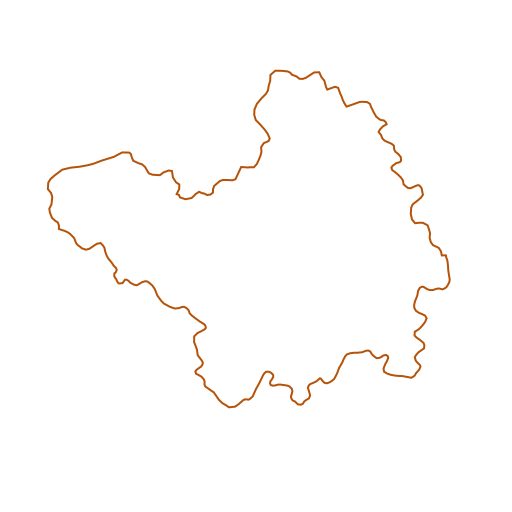 Salihorsk, Minsk, Belarus (Albers equal-area conic projection), rotated 160°
{"feature_id": "67162791B12460087089540", "entity_name": "Salihorsk", "entity_type": "district", "adm_level": 2, "iso_a3": "BLR", "parent_name": "Belarus", "parent_adm1": "Minsk", "projection": "albers", "projection_center": [27.47, 52.67], "detail": "fine", "context": "isolated", "style": "outline", "palette": "amber", "viewbox_px": 512, "rotation_deg": 160, "n_neighbors": 0, "source": "geoboundaries", "source_scale": "gbopen_adm2", "svg_char_len": 5450}
<svg xmlns="http://www.w3.org/2000/svg" viewBox="0 0 512 512"><g transform="rotate(160 256 256)"><path d="M432.0,348.8L429.6,346.9L427.3,345.1L425.1,343.0L423.5,340.9L422.3,338.6L420.7,334.9L420.7,331.9L420.6,329.8L420.0,327.5L418.3,325.1L417.0,322.8L413.7,320.1L410.1,319.8L406.6,320.6L404.1,321.3L401.0,321.9L397.6,321.3L396.3,318.4L395.6,315.8L396.2,311.5L396.2,307.5L395.5,303.6L393.9,299.3L393.1,295.8L391.6,292.4L391.7,290.4L393.7,288.4L395.0,288.1L396.1,285.7L395.7,283.2L395.3,282.1L395.2,280.0L394.7,277.7L394.1,277.0L390.7,276.2L389.2,277.2L387.4,278.5L385.8,278.1L384.3,276.3L383.3,274.0L382.2,272.7L380.2,270.6L378.1,269.3L375.3,269.7L372.7,270.3L370.9,270.3L368.7,270.2L366.7,269.1L364.9,266.3L363.4,263.5L362.4,259.3L362.3,254.9L362.2,252.5L360.4,246.3L358.8,242.8L356.5,240.2L354.5,237.9L351.4,235.3L350.0,234.3L346.1,233.4L343.3,233.4L341.0,232.9L339.1,230.8L337.9,228.2L337.9,224.7L336.6,221.9L334.6,218.7L332.9,216.2L331.2,213.6L329.3,211.3L327.7,209.1L327.4,207.2L327.8,205.6L329.1,204.7L334.2,203.9L337.3,203.6L341.6,201.6L342.3,199.6L343.6,196.3L343.5,192.2L343.5,188.2L344.7,182.8L344.2,181.0L343.0,177.4L342.5,175.1L342.5,173.6L344.0,171.8L345.6,170.8L348.4,170.1L351.0,169.3L352.5,168.2L352.6,165.8L350.9,164.1L348.5,161.2L347.2,157.8L347.2,155.7L348.3,153.1L348.3,150.7L346.2,147.8L344.1,144.7L342.3,142.3L341.0,137.3L340.0,133.4L337.9,129.2L334.9,125.6L333.2,123.1L332.2,122.8L327.2,121.6L323.3,122.6L319.3,124.1L317.8,124.8L315.7,125.1L314.1,124.6L312.0,123.5L310.3,123.9L307.1,125.2L304.6,127.8L301.5,131.0L297.2,134.7L293.7,138.0L290.5,141.2L288.7,142.7L286.1,143.8L283.4,142.8L281.8,141.1L280.7,138.9L280.7,137.7L281.3,136.3L283.3,134.6L285.3,133.4L286.4,131.4L286.3,129.7L284.3,128.3L282.2,127.8L279.3,127.6L277.2,126.9L273.8,125.1L271.2,123.7L269.3,122.1L267.8,119.2L268.0,116.6L269.3,114.5L271.2,112.2L271.5,109.9L271.0,107.8L269.1,105.9L268.0,103.5L267.3,102.2L264.6,100.9L262.6,101.1L260.4,102.8L258.4,103.5L256.5,103.8L254.9,104.1L252.9,106.4L252.6,109.0L252.4,112.4L252.3,114.5L250.7,116.3L248.7,117.1L245.8,117.2L241.9,117.6L240.5,118.2L237.9,119.2L236.9,118.5L236.4,116.4L235.1,113.5L233.2,112.2L230.1,112.1L227.4,112.7L224.5,113.8L221.6,116.4L219.3,118.7L216.2,122.4L211.2,126.6L209.4,128.6L206.7,131.1L204.4,132.4L200.7,132.4L198.4,131.9L196.1,131.3L194.5,130.6L191.3,129.8L189.4,129.3L186.9,129.3L184.8,129.3L182.9,128.8L181.4,127.4L180.8,124.5L179.8,122.0L177.7,118.8L175.1,118.1L172.4,118.3L171.3,118.8L169.5,118.9L167.5,118.4L166.4,116.8L166.6,115.0L169.0,112.3L171.3,110.4L173.6,107.9L174.8,106.2L175.2,103.4L172.8,100.5L169.9,98.2L166.3,96.1L163.4,94.7L159.7,93.2L157.1,91.7L154.7,90.3L151.8,88.5L150.3,88.7L147.8,89.3L145.8,91.1L143.5,92.3L141.4,93.5L139.2,95.9L139.3,97.5L140.8,100.6L141.7,103.0L141.4,106.6L139.3,108.3L136.4,109.9L133.6,110.7L129.7,111.7L128.3,114.6L128.3,117.0L130.7,121.2L133.1,124.5L134.2,127.1L132.7,130.5L128.4,131.4L125.9,132.4L122.0,134.6L119.3,136.5L117.0,139.1L117.5,142.2L120.0,144.8L122.3,146.8L124.4,149.7L125.0,152.9L124.2,155.8L122.1,159.1L120.1,161.2L117.8,163.9L115.6,167.8L113.1,170.0L110.5,170.4L109.1,169.7L107.6,167.7L106.2,166.0L104.2,164.5L101.5,163.5L99.4,163.5L96.6,163.3L94.8,162.7L92.3,160.9L89.8,161.0L87.7,161.6L85.1,163.6L83.0,165.7L82.9,165.9L81.9,168.1L80.9,173.6L80.0,177.6L78.9,181.2L77.7,186.4L77.7,189.9L77.4,191.7L81.2,193.0L80.6,197.2L81.5,201.1L82.8,202.5L86.0,205.7L87.0,209.3L86.6,213.9L84.7,217.7L84.3,222.3L84.3,226.2L87.8,230.1L91.4,231.5L95.3,232.4L96.9,237.0L96.2,242.5L93.6,248.4L91.0,251.0L84.1,253.2L80.9,254.5L78.2,256.4L78.2,256.6L77.2,263.0L78.2,266.2L79.5,267.2L82.4,267.2L85.7,266.9L88.0,266.9L90.2,268.2L92.8,272.8L92.1,276.7L92.8,279.7L94.4,283.3L96.6,287.2L98.6,290.1L98.6,292.7L96.9,294.0L92.4,295.3L88.8,295.0L87.1,295.9L86.1,299.5L87.4,303.1L89.4,306.4L89.7,309.0L88.7,312.6L90.3,315.2L93.5,318.2L95.8,320.5L97.1,323.4L97.1,327.0L98.4,330.6L96.1,332.6L92.1,334.5L88.2,335.1L88.2,337.1L89.5,339.7L92.1,341.0L93.7,343.0L95.4,345.9L96.3,351.2L96.9,357.1L96.9,360.0L98.9,362.6L103.4,364.6L106.0,365.3L109.3,365.3L112.6,365.3L118.1,365.4L119.8,365.4L120.7,369.3L121.1,373.2L121.0,376.2L121.3,380.1L121.3,382.4L121.3,386.0L123.9,388.0L128.5,388.0L132.1,388.0L132.4,390.9L131.8,397.2L133.4,402.1L133.7,407.0L138.6,408.6L148.1,406.4L151.4,406.4L154.6,407.7L156.6,411.0L160.2,414.0L161.2,416.6L163.1,418.6L168.4,421.2L174.2,423.4L174.6,423.5L180.5,421.2L182.8,415.7L185.8,411.7L188.1,407.5L191.3,404.9L196.3,402.6L203.1,398.7L207.4,394.1L209.4,389.2L209.7,383.9L206.8,377.4L204.5,371.5L203.2,366.9L202.9,361.7L204.8,359.7L210.1,359.4L214.0,356.5L215.3,351.9L217.6,348.6L220.9,345.0L223.8,342.1L227.7,340.1L232.3,341.8L233.0,341.8L239.5,344.7L241.8,342.4L246.0,338.2L249.0,335.2L252.2,335.2L258.4,337.8L261.4,338.8L264.3,338.8L271.2,336.2L273.5,333.6L274.8,330.3L277.7,329.3L281.0,330.0L283.9,332.9L284.9,333.2L287.5,335.8L291.8,334.8L292.7,334.2L296.7,332.5L302.9,333.5L307.4,337.1L307.5,339.7L309.4,341.3L305.2,345.3L303.6,349.5L305.9,352.5L307.2,358.3L305.9,364.6L308.8,366.2L314.4,366.2L318.6,364.8L325.5,367.8L328.5,370.4L329.8,377.6L331.8,381.2L334.7,383.4L338.7,387.4L339.0,390.6L338.7,394.6L339.7,396.5L346.3,399.1L355.7,397.8L368.2,398.4L377.7,398.3L383.3,398.9L391.1,400.2L400.0,402.4L408.5,403.4L417.3,400.7L422.6,398.7L426.1,396.0L428.7,390.1L427.0,385.2L427.3,381.0L430.6,374.4L434.1,371.1L434.8,367.2L434.7,361.6L432.4,357.4L430.8,355.4L430.7,352.2L432.0,348.8Z" fill="none" stroke="#b45309" stroke-width="2"/></g></svg>